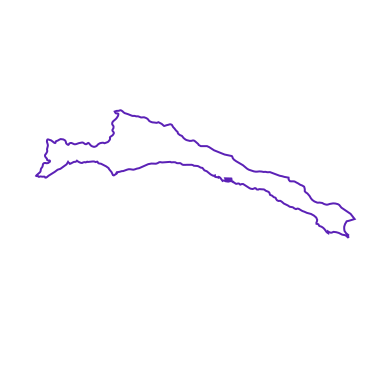 outline of West Coast, rotated 238°
{"feature_id": "NZL-3406", "entity_name": "West Coast", "entity_type": "Regional Council", "adm_level": 1, "iso_a3": "NZL", "parent_name": "New Zealand", "parent_adm1": "", "projection": "natural_earth1", "projection_center": [171.032, -42.634], "detail": "fine", "context": "isolated", "style": "outline", "palette": "violet", "viewbox_px": 384, "rotation_deg": 238, "n_neighbors": 0, "source": "natural_earth", "source_scale": "10m", "svg_char_len": 6056}
<svg xmlns="http://www.w3.org/2000/svg" viewBox="0 0 384 384"><g transform="rotate(238 192 192)"><path d="M72.7,301.7L72.2,301.1L70.9,300.7L70.9,300.2L73.3,299.5L74.3,298.9L76.2,296.8L79.5,294.8L81.5,293.0L83.2,290.9L83.5,289.0L83.9,288.2L85.0,287.2L85.6,286.9L86.2,286.6L85.9,286.5L84.8,285.7L85.8,285.2L86.8,284.9L90.1,284.7L92.0,284.3L93.8,283.5L94.8,282.8L95.3,282.3L96.1,281.9L97.4,282.1L97.9,281.9L99.1,280.7L100.0,281.2L100.9,282.4L102.0,283.4L104.5,283.8L107.4,282.9L110.3,281.3L113.4,278.4L115.8,276.8L116.9,275.9L117.8,275.3L121.1,273.6L121.9,272.9L122.2,272.3L122.2,271.7L122.4,271.1L122.8,270.8L124.2,269.9L124.8,269.8L125.7,269.3L127.7,267.1L128.7,266.6L129.7,266.2L133.5,263.8L136.1,263.0L137.6,262.3L138.2,261.4L138.4,260.8L139.0,260.3L139.6,259.9L140.1,259.7L141.5,259.6L142.5,259.8L142.9,259.7L143.5,259.3L144.3,258.6L146.4,258.0L148.2,256.7L150.3,257.2L151.5,257.0L154.2,255.1L155.3,254.8L156.1,254.3L157.9,251.8L158.6,250.9L158.9,250.2L159.0,249.3L160.0,248.2L161.4,248.0L162.0,247.3L162.1,246.4L162.4,245.0L163.5,243.7L164.6,242.9L171.6,239.6L172.3,238.6L172.7,236.8L173.9,236.5L174.7,235.8L175.5,233.8L176.1,233.4L177.3,232.9L178.7,232.0L179.4,231.6L180.2,231.5L180.8,231.7L182.0,232.3L182.6,232.5L186.0,227.4L184.3,227.1L183.0,228.5L181.8,230.2L180.6,231.1L181.6,228.2L183.3,226.2L184.7,225.3L185.2,224.3L185.2,223.8L189.1,223.5L190.3,223.0L190.7,222.6L190.2,222.0L191.2,221.3L191.9,220.3L192.7,219.7L193.9,220.2L194.0,219.1L194.6,218.8L194.9,218.3L197.1,217.1L201.8,215.5L203.8,214.0L206.9,213.6L208.0,212.4L208.6,212.0L210.5,211.0L211.4,210.1L213.3,207.5L214.3,207.0L215.2,206.2L219.7,198.9L220.4,198.3L222.0,197.7L222.9,197.1L223.3,196.2L224.1,195.0L224.6,194.4L226.0,193.6L226.9,192.4L228.2,190.1L229.1,189.5L232.9,182.3L234.0,181.1L234.6,180.1L234.7,178.0L235.1,176.4L237.6,172.7L238.8,169.7L240.2,159.9L241.1,157.4L241.4,155.9L241.9,154.3L242.2,153.8L244.0,151.7L244.8,150.5L245.3,149.0L246.2,144.8L246.9,143.5L247.5,141.3L248.6,138.7L248.2,138.0L247.8,138.5L247.6,138.0L247.5,137.6L247.5,134.5L248.3,133.9L251.5,134.3L255.2,133.8L256.5,133.9L259.2,132.8L264.2,129.8L265.5,128.3L266.0,127.9L266.8,127.8L267.5,127.9L268.0,127.7L268.4,126.2L269.9,125.0L270.6,123.8L272.6,119.7L272.9,119.3L273.1,119.3L273.3,119.0L273.4,117.6L273.5,117.5L273.9,117.2L274.3,116.6L274.6,115.9L274.8,115.2L274.8,114.4L275.4,113.4L276.8,112.3L278.4,111.4L279.5,111.0L279.3,110.4L279.3,109.7L279.4,109.1L280.1,107.8L280.2,107.0L280.3,105.5L280.4,103.9L280.7,103.3L281.2,103.5L282.6,102.8L283.2,102.8L282.2,100.9L281.9,100.1L281.4,92.7L281.6,91.9L282.0,90.4L282.1,89.7L281.8,86.3L281.8,79.0L281.5,76.9L281.6,75.7L282.0,75.2L282.7,75.2L283.2,75.0L283.5,74.6L284.2,73.3L285.5,71.7L285.7,71.3L285.8,70.6L285.9,70.3L286.3,69.9L287.0,69.9L287.3,69.8L287.9,68.6L288.3,68.4L288.6,69.1L289.3,73.5L289.8,74.5L291.5,76.0L292.0,76.8L292.4,78.0L292.9,78.8L293.5,79.4L294.2,80.0L294.8,80.8L294.9,81.6L294.7,82.4L294.1,83.3L293.7,83.6L293.2,84.4L292.8,85.5L293.0,87.5L293.5,88.0L294.2,87.9L295.2,86.5L295.6,86.2L296.1,86.2L296.7,86.4L297.2,86.6L298.8,86.3L299.9,86.3L300.6,86.5L301.3,87.1L301.6,87.8L301.8,88.6L302.1,89.1L302.5,89.7L302.9,90.5L303.4,90.9L303.9,91.2L304.5,91.4L305.2,91.8L307.4,94.1L308.1,94.6L308.9,94.9L311.5,95.6L312.5,96.3L312.9,96.8L313.1,97.3L312.9,97.8L310.4,99.9L306.7,101.3L306.1,101.8L306.1,102.3L306.9,103.2L307.1,103.6L307.0,104.3L306.8,105.0L306.7,106.2L306.7,107.3L306.5,108.6L305.8,109.5L304.8,110.7L303.8,111.3L302.9,111.7L301.9,111.7L299.9,111.1L299.3,111.2L298.6,111.4L297.7,111.9L297.5,112.2L297.6,112.7L298.1,113.5L298.1,114.2L297.9,115.0L297.4,115.8L294.9,117.5L294.4,118.2L294.0,119.2L293.4,121.9L292.8,123.5L292.2,125.1L291.5,125.8L290.6,126.2L289.4,126.7L288.7,127.4L288.5,128.2L288.7,129.1L288.6,130.0L288.0,130.4L285.4,130.8L284.4,131.1L283.6,131.6L282.5,132.5L282.0,133.2L281.8,133.9L281.6,135.0L281.7,136.0L281.9,136.6L282.1,137.2L282.2,138.4L282.1,140.0L281.4,141.8L280.9,142.7L279.7,143.7L279.0,147.0L279.1,147.8L279.4,148.7L279.9,150.0L280.4,150.6L281.6,151.2L282.0,151.7L282.1,152.6L282.1,153.5L282.2,154.8L282.6,155.8L283.1,156.7L283.7,157.1L284.4,157.2L285.9,157.0L286.7,157.3L287.1,157.9L287.5,158.7L287.8,159.2L288.0,159.4L289.2,160.2L289.8,160.3L291.1,160.2L291.9,160.3L292.8,160.9L293.4,161.7L293.8,162.8L294.2,165.6L294.6,167.2L295.7,169.5L296.5,170.4L297.2,170.9L297.7,170.8L298.1,170.5L298.9,169.3L299.2,169.1L300.2,169.0L301.2,169.1L300.9,170.4L300.7,171.1L300.3,171.8L299.6,173.1L299.5,173.9L299.2,174.7L298.5,175.3L297.1,175.9L296.1,176.1L294.6,176.7L291.9,179.0L288.6,181.4L287.8,182.2L287.3,183.2L286.8,183.8L285.7,184.8L285.1,185.8L284.6,186.5L282.2,188.3L280.8,190.9L279.2,192.2L277.9,192.9L276.9,193.2L275.4,193.3L274.6,193.5L273.0,194.5L272.0,195.4L270.7,197.1L269.5,198.5L269.2,199.3L269.0,200.5L265.8,202.4L263.0,203.2L262.7,203.5L262.5,204.2L262.1,205.9L261.5,207.7L261.3,208.6L261.0,209.4L260.4,210.0L259.6,210.5L257.0,210.4L255.1,210.8L252.8,211.0L250.5,211.6L250.2,211.5L249.8,211.3L249.3,211.2L248.7,211.2L246.7,211.9L245.6,212.7L244.8,213.2L243.8,213.3L242.1,213.5L239.9,214.3L238.7,215.1L236.5,217.2L235.8,218.4L235.2,220.2L234.6,220.9L233.6,221.4L229.4,222.7L228.3,222.6L226.2,223.8L223.0,229.0L221.0,230.3L215.7,232.8L206.5,239.5L201.4,244.8L200.0,244.8L199.1,244.5L197.3,244.7L194.8,245.7L187.7,249.4L182.5,251.1L180.8,252.0L176.7,255.4L175.4,256.9L174.6,258.3L173.8,260.0L172.5,261.8L171.1,263.3L170.1,265.1L168.9,266.3L167.5,268.7L159.4,274.9L157.6,276.8L155.8,278.4L153.0,281.5L151.4,280.6L150.5,280.6L149.2,280.8L148.3,282.0L147.5,283.4L146.5,284.6L145.0,285.4L143.0,286.6L140.8,287.6L139.1,288.9L137.1,289.9L135.3,289.4L134.0,288.8L133.1,288.1L131.6,288.2L129.6,289.1L126.3,289.6L123.7,289.5L121.5,289.8L119.1,290.8L116.6,292.6L116.1,293.3L115.5,294.5L113.7,296.6L111.9,297.6L110.7,298.6L109.7,299.7L109.2,301.1L108.9,302.4L107.6,305.6L106.4,307.3L104.5,309.2L103.0,310.0L99.6,310.4L89.4,314.9L82.9,315.6L84.3,310.3L84.7,309.1L85.2,307.6L84.5,306.4L83.9,305.1L82.8,303.7L81.8,302.6L80.0,301.5L78.2,300.7L75.5,300.8L72.7,301.7Z" fill="none" stroke="#5b21b6" stroke-width="2"/></g></svg>